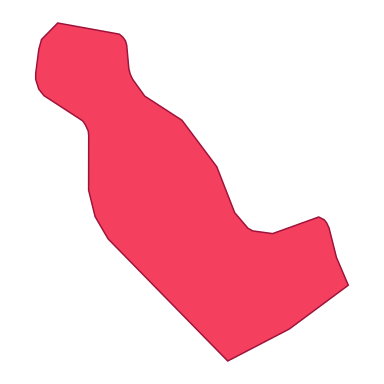 an SVG outline of Kensington and Chelsea
{"feature_id": "GBR-2072", "entity_name": "Kensington and Chelsea", "entity_type": "London Borough (royal)", "adm_level": 1, "iso_a3": "GBR", "parent_name": "United Kingdom", "parent_adm1": "", "projection": "mercator", "projection_center": [-0.187, 51.497], "detail": "fine", "context": "isolated", "style": "filled", "palette": "rose", "viewbox_px": 384, "rotation_deg": 0, "n_neighbors": 0, "source": "natural_earth", "source_scale": "10m", "svg_char_len": 546}
<svg xmlns="http://www.w3.org/2000/svg" viewBox="0 0 384 384"><path d="M57.7,23.0L119.4,34.2L122.7,37.0L125.4,40.7L126.7,45.1L128.8,68.3L130.1,73.8L132.5,79.1L144.7,96.1L182.0,120.3L216.8,166.8L234.7,212.7L248.0,228.3L252.7,230.9L272.6,233.6L318.7,217.0L324.2,219.8L326.6,222.8L329.0,227.9L336.5,257.6L348.3,285.2L289.3,329.0L227.7,361.0L108.1,238.9L95.1,216.6L88.6,190.1L88.7,135.7L88.2,130.9L85.2,124.5L82.6,120.8L44.0,95.7L38.8,89.2L35.7,79.4L35.7,73.4L38.8,49.4L41.5,39.5L57.7,23.0Z" fill="#f43f5e" stroke="#9f1239" stroke-width="1.5"/></svg>